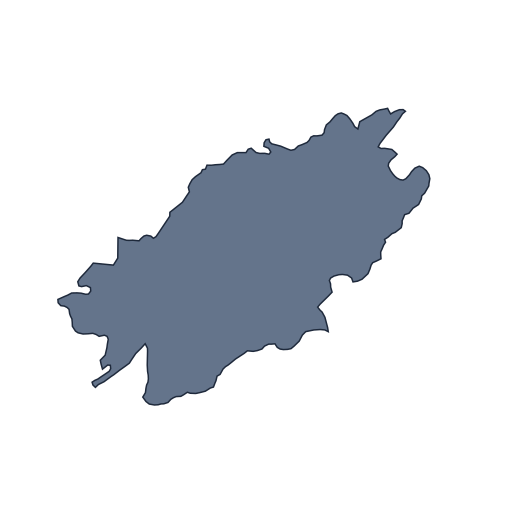 outline of Presidente Dutra, Maranhão, Brazil, rotated 229°
{"feature_id": "56859067B14161249303413", "entity_name": "Presidente Dutra", "entity_type": "district", "adm_level": 2, "iso_a3": "BRA", "parent_name": "Brazil", "parent_adm1": "Maranhão", "projection": "natural_earth1", "projection_center": [-44.458, -5.289], "detail": "fine", "context": "isolated", "style": "filled", "palette": "slate", "viewbox_px": 512, "rotation_deg": 229, "n_neighbors": 0, "source": "geoboundaries", "source_scale": "gbopen_adm2", "svg_char_len": 3726}
<svg xmlns="http://www.w3.org/2000/svg" viewBox="0 0 512 512"><g transform="rotate(229 256 256)"><path d="M233.8,94.1L231.6,91.6L230.4,88.8L228.3,86.1L225.4,82.9L223.8,78.0L218.4,77.5L214.3,78.3L210.2,81.6L207.9,84.6L206.7,87.2L204.9,89.5L203.2,93.5L203.7,97.7L203.2,100.8L202.3,103.5L199.4,107.2L198.8,110.2L198.2,114.8L195.6,116.3L191.8,120.3L189.8,123.9L187.2,129.1L186.3,135.0L185.0,137.9L186.9,141.4L188.1,143.9L190.9,147.8L190.2,151.2L192.3,156.9L192.5,160.4L192.0,163.5L191.8,168.3L191.7,173.0L190.9,178.8L190.3,183.1L190.1,187.3L185.9,191.3L183.7,195.0L181.9,199.5L182.4,203.3L181.2,207.7L179.3,209.9L177.3,212.7L173.1,212.1L170.0,213.1L167.4,215.3L164.8,218.6L163.1,221.6L163.0,225.4L163.4,232.7L165.9,239.1L166.3,243.9L162.2,251.2L158.4,256.2L155.1,259.4L151.5,260.9L155.0,263.1L164.5,267.8L170.3,269.1L173.2,268.8L177.0,269.0L177.6,272.8L178.3,284.4L178.8,289.7L183.5,291.9L186.1,294.0L189.4,295.3L190.4,297.9L189.7,301.7L187.5,306.3L185.3,309.2L181.5,312.5L176.7,313.7L172.8,312.2L170.4,316.1L168.9,320.8L169.2,328.9L171.4,333.4L173.6,336.9L174.4,339.7L173.2,343.5L171.9,348.5L175.3,351.1L177.3,352.8L178.5,355.5L180.5,359.5L181.4,362.8L184.2,363.9L183.6,367.9L183.7,373.2L182.5,376.6L182.1,384.2L184.5,387.5L186.7,389.4L188.2,392.5L189.7,395.3L187.9,399.5L189.1,405.9L188.2,412.5L190.6,418.2L192.7,420.6L192.8,424.5L195.5,432.3L197.4,434.3L200.3,437.9L203.9,439.8L208.6,440.5L213.3,439.8L216.7,438.1L218.1,433.5L217.6,428.7L216.6,425.1L216.0,419.8L216.8,416.8L219.3,414.7L222.4,413.5L225.1,413.1L228.4,413.1L232.2,413.5L234.7,414.2L237.1,414.8L239.0,417.0L240.0,421.1L239.9,425.9L240.3,429.3L243.2,429.0L247.3,428.4L250.3,425.9L252.9,423.7L255.1,420.9L258.2,419.8L259.6,423.4L260.6,428.3L261.7,433.4L262.1,436.4L263.2,444.3L264.9,450.5L265.7,454.8L267.2,459.8L267.2,463.7L269.9,463.1L272.3,460.3L274.1,455.3L274.9,450.8L278.1,451.4L281.1,452.2L282.7,449.2L285.1,445.2L286.4,441.5L286.5,436.0L289.3,422.5L285.0,416.2L288.9,415.3L292.7,416.2L298.2,416.8L302.4,416.8L305.6,415.5L308.0,414.2L309.5,411.2L309.9,407.9L309.4,404.1L308.7,399.8L308.8,395.1L306.4,390.6L304.4,388.4L303.9,385.1L306.6,380.9L308.9,378.3L309.7,375.4L308.4,371.9L308.2,369.0L309.9,363.7L311.3,360.1L311.1,355.0L312.9,351.7L316.0,350.0L322.7,346.7L326.4,344.2L330.3,341.5L333.2,341.2L335.7,342.5L337.2,339.8L336.1,336.4L333.6,333.9L329.0,336.2L324.8,335.4L324.3,332.6L327.7,330.0L331.0,326.1L334.1,323.9L340.5,323.1L341.7,320.2L340.6,316.3L343.2,313.3L346.3,309.7L347.9,304.3L347.3,296.8L346.7,291.8L348.9,288.6L351.3,285.5L353.9,281.7L356.7,278.6L354.7,274.8L356.3,272.2L354.9,269.1L355.6,262.4L355.5,257.9L354.0,253.6L352.3,250.0L348.1,247.8L347.0,243.6L344.8,235.7L345.5,219.7L342.6,217.0L337.2,197.2L336.2,193.2L336.7,190.2L340.0,189.7L343.4,187.1L344.6,184.5L344.6,180.6L344.2,177.7L348.8,173.3L351.0,170.5L352.9,168.5L360.5,164.0L345.1,150.3L342.7,142.4L357.4,128.5L356.6,124.4L355.5,115.8L354.8,108.8L353.5,104.6L349.6,102.7L347.3,104.3L345.0,108.5L340.8,110.3L338.0,108.3L337.2,104.6L338.8,102.4L342.7,99.6L345.6,96.7L349.0,92.6L350.0,88.2L351.0,85.2L353.2,78.0L350.5,76.0L346.6,76.1L343.9,78.5L341.0,79.7L338.4,79.9L334.7,77.5L332.1,76.5L329.3,75.8L326.5,73.8L323.4,71.3L317.8,70.5L314.8,71.3L310.6,74.3L307.5,78.2L304.7,82.1L301.6,83.9L298.3,84.9L295.7,89.6L293.1,90.9L290.1,89.9L287.0,86.0L284.6,83.3L280.1,77.1L279.5,70.1L276.1,68.2L271.3,65.9L271.0,72.5L269.1,74.4L266.3,72.4L265.3,69.6L265.8,65.1L266.5,59.6L266.9,55.9L267.9,52.7L268.3,49.5L265.6,48.3L262.2,48.6L262.4,52.7L260.8,58.9L260.5,62.9L260.1,67.7L259.7,70.7L259.3,77.8L258.7,84.0L258.2,90.1L259.3,93.8L261.3,101.2L261.8,108.9L262.5,114.8L257.6,113.6L255.3,111.7L245.1,102.4L240.1,98.5L236.8,96.5L233.8,94.1Z" fill="#64748b" stroke="#1e293b" stroke-width="1.5"/></g></svg>